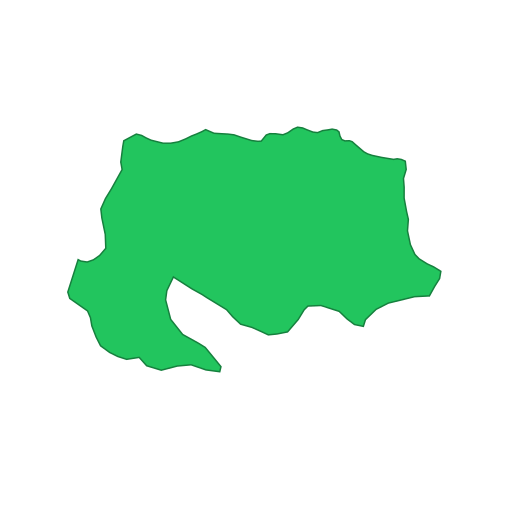 the district of Samcheok-si, Gangwon, South Korea, rotated 299°
{"feature_id": "91817680B11339106619066", "entity_name": "Samcheok-si", "entity_type": "district", "adm_level": 2, "iso_a3": "KOR", "parent_name": "South Korea", "parent_adm1": "Gangwon", "projection": "equal_earth", "projection_center": [129.14, 37.249], "detail": "fine", "context": "isolated", "style": "filled", "palette": "green", "viewbox_px": 512, "rotation_deg": 299, "n_neighbors": 0, "source": "geoboundaries", "source_scale": "gbopen_adm2", "svg_char_len": 1781}
<svg xmlns="http://www.w3.org/2000/svg" viewBox="0 0 512 512"><g transform="rotate(299 256 256)"><path d="M166.6,102.2L133.2,108.9L128.6,113.7L126.3,135.3L121.8,141.1L115.3,146.3L107.6,155.5L102.1,163.6L100.7,174.7L101.1,183.8L102.9,192.9L110.7,203.0L107.0,213.6L110.2,228.5L121.6,240.5L129.4,252.0L132.1,267.4L137.2,280.4L142.2,279.0L145.9,269.8L151.4,255.9L151.8,248.2L151.8,229.9L159.2,212.1L173.8,198.2L182.5,194.8L197.6,193.9L196.2,216.0L196.2,227.5L195.8,232.8L194.8,256.3L191.6,265.0L188.9,275.6L191.6,287.1L192.5,297.7L193.0,305.0L198.0,312.2L204.9,320.4L220.9,323.7L232.3,324.2L237.4,325.7L244.2,336.8L247.9,355.6L245.1,366.2L243.8,375.3L246.4,383.7L246.5,384.0L253.4,382.6L267.6,386.9L279.0,394.6L297.3,414.4L304.8,426.4L305.1,427.0L316.1,427.0L325.3,427.5L332.2,425.1L332.6,416.9L332.1,409.6L332.6,400.0L334.4,394.2L340.8,385.5L351.4,376.3L361.9,371.5L367.8,366.2L378.4,357.5L388.0,352.2L395.3,347.4L404.5,345.4L411.3,340.6L410.9,336.3L409.5,332.4L407.2,329.5L403.1,318.0L400.3,308.8L399.4,304.0L399.4,299.7L401.7,288.6L402.6,284.7L402.1,281.8L399.8,278.0L399.4,274.6L401.6,271.3L404.8,268.4L405.3,265.5L403.9,261.1L401.2,257.8L398.0,253.5L393.8,250.1L392.0,245.8L391.1,239.5L390.6,234.7L388.8,229.9L385.1,227.0L379.2,224.1L375.1,220.8L372.3,213.6L369.6,208.7L366.8,206.3L359.0,204.9L357.2,202.0L354.9,196.3L352.6,185.2L351.3,178.0L349.0,172.3L347.1,168.4L343.0,159.8L342.1,150.7L338.4,148.3L333.9,144.9L329.8,141.5L324.3,137.7L318.3,132.9L313.3,126.7L309.6,120.0L307.8,113.3L306.4,108.0L306.0,102.7L306.0,97.5L304.6,92.2L292.7,84.5L287.2,86.4L272.6,92.2L266.7,97.0L254.3,97.0L244.7,97.0L233.3,96.5L221.9,97.5L214.6,102.7L201.8,113.7L189.9,120.9L180.7,119.0L173.9,115.7L168.9,111.3L166.6,105.1L166.6,102.2Z" fill="#22c55e" stroke="#15803d" stroke-width="1.5"/></g></svg>